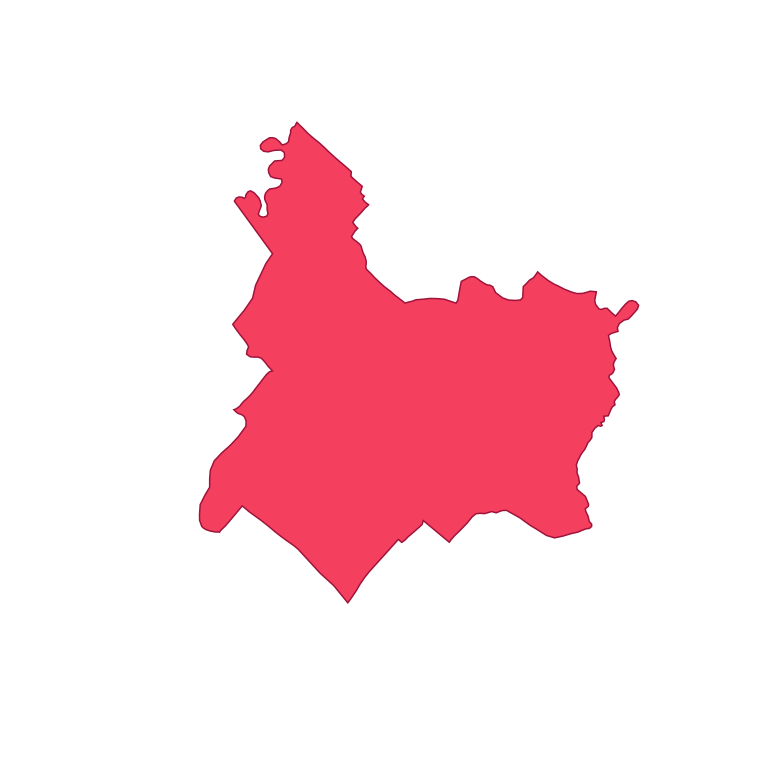 outline of Pur SenChey, Phnom Penh, Cambodia, rotated 131°
{"feature_id": "14789045B97702071431855", "entity_name": "Pur SenChey", "entity_type": "district", "adm_level": 2, "iso_a3": "KHM", "parent_name": "Cambodia", "parent_adm1": "Phnom Penh", "projection": "robinson", "projection_center": [104.778, 11.53], "detail": "fine", "context": "isolated", "style": "filled", "palette": "rose", "viewbox_px": 768, "rotation_deg": 131, "n_neighbors": 0, "source": "geoboundaries", "source_scale": "gbopen_adm2", "svg_char_len": 4791}
<svg xmlns="http://www.w3.org/2000/svg" viewBox="0 0 768 768"><g transform="rotate(131 384 384)"><path d="M344.2,616.9L358.8,553.6L370.9,552.1L380.5,549.4L393.7,545.7L405.4,539.5L414.0,538.5L420.4,537.8L429.2,537.6L436.0,537.4L438.2,537.3L439.6,532.3L441.3,524.4L442.2,519.3L443.4,514.2L444.7,510.6L449.0,509.1L451.7,507.2L451.2,502.8L448.8,499.5L446.4,496.8L445.1,493.7L445.3,490.4L445.7,487.6L446.7,482.9L447.3,476.8L450.0,478.5L453.8,478.9L457.2,478.8L463.6,478.4L470.8,478.0L476.5,477.6L480.9,477.6L484.7,477.9L489.1,478.5L493.0,478.5L494.9,478.3L496.7,478.5L500.1,479.4L501.9,480.5L502.1,477.9L502.0,475.1L500.4,470.9L500.3,467.7L502.5,463.7L506.5,460.5L519.5,459.4L520.9,459.4L531.1,459.8L543.0,461.3L553.3,461.7L563.0,458.5L569.9,453.4L576.4,447.8L584.5,446.4L595.6,443.6L603.8,437.4L607.9,433.7L611.0,428.2L611.2,426.4L610.8,423.2L609.1,419.0L606.6,414.6L603.6,410.9L601.9,411.2L594.8,410.6L585.1,410.7L569.1,411.0L568.9,406.8L568.9,402.4L568.5,397.9L567.6,388.0L567.1,378.1L567.0,369.2L566.6,361.7L566.0,354.2L565.1,345.9L565.0,340.0L565.3,338.2L565.5,336.1L568.7,308.0L569.1,289.7L572.9,267.8L568.4,268.1L563.1,268.7L557.8,269.4L550.5,270.8L542.8,271.7L535.2,272.0L491.9,271.2L491.9,266.7L488.1,265.8L483.7,265.6L477.2,264.6L468.4,263.4L464.9,263.1L461.3,264.8L460.6,230.9L457.7,231.2L451.8,231.2L444.1,230.5L434.4,230.0L426.3,230.3L421.5,229.4L418.6,226.7L415.9,223.1L409.6,219.0L407.7,214.9L402.1,211.9L399.0,208.7L395.9,193.9L394.7,180.4L393.3,172.6L391.7,162.0L388.2,154.3L381.7,149.4L373.7,144.3L368.6,140.5L363.5,138.0L360.3,136.2L358.3,134.3L355.3,133.8L353.5,135.4L353.1,138.9L351.2,141.4L349.7,143.7L347.6,148.4L346.1,150.2L342.4,149.6L340.8,150.4L338.8,154.1L336.7,158.3L336.8,162.0L336.9,169.0L334.9,171.4L330.5,171.4L328.7,173.6L326.6,176.1L324.4,180.1L321.5,182.4L319.1,185.6L315.2,187.3L312.2,188.0L308.9,188.9L305.4,189.4L301.4,189.6L298.1,190.5L294.2,191.7L292.6,191.5L289.8,191.7L287.9,192.1L286.1,193.6L284.2,195.3L282.3,195.4L280.1,195.8L278.5,195.8L276.6,195.4L274.8,195.1L273.8,192.9L272.3,192.1L270.7,195.0L268.1,193.4L266.3,194.3L264.1,197.0L263.0,195.9L260.9,193.9L258.5,194.7L255.0,195.9L251.2,196.7L248.2,196.0L246.3,198.6L243.9,199.1L240.6,199.1L237.7,199.4L236.6,201.0L234.4,205.8L233.7,209.3L232.5,214.8L231.6,218.6L229.3,219.6L227.3,218.8L225.4,218.6L221.8,219.6L219.3,223.3L217.2,224.5L215.0,225.1L212.5,225.5L211.8,227.8L210.7,231.1L209.5,234.1L207.5,237.2L205.7,239.3L204.6,240.6L203.2,242.3L201.3,244.9L200.0,246.5L197.0,245.7L193.8,243.9L190.8,241.9L188.3,244.9L185.8,245.5L184.1,246.1L178.4,244.8L174.8,242.3L171.0,242.0L166.7,241.9L161.2,241.9L157.6,243.4L156.8,247.9L158.2,251.4L160.8,253.5L164.7,254.1L169.7,254.2L175.5,253.9L180.8,253.7L180.9,258.0L180.5,265.3L182.4,267.4L185.2,268.9L186.3,271.0L185.1,276.5L182.8,279.7L175.1,284.2L178.6,289.2L182.0,291.3L185.5,293.7L189.4,298.1L191.7,303.2L194.1,310.0L195.7,316.5L197.1,321.4L198.2,328.2L198.7,336.2L198.6,341.6L201.5,341.2L205.7,340.9L210.2,342.3L214.8,342.4L219.1,342.8L224.1,338.9L227.8,336.0L231.1,336.2L234.8,339.7L238.9,345.1L241.2,350.9L241.8,359.7L239.2,365.8L240.0,369.1L241.4,370.8L242.2,373.7L243.0,378.7L243.1,382.1L243.8,386.1L245.5,388.3L247.6,389.8L251.6,391.3L255.8,393.0L261.6,389.7L267.1,386.4L272.3,383.2L275.7,382.7L277.9,387.9L280.4,394.0L284.5,399.7L289.7,405.9L293.5,409.3L299.4,415.1L303.3,417.2L307.4,420.2L309.1,421.1L309.5,428.2L309.9,433.9L309.8,439.7L310.3,447.7L310.2,454.0L309.9,460.6L309.2,467.4L308.9,472.7L307.3,474.8L305.1,476.2L303.0,478.0L300.6,481.4L298.9,485.4L296.8,489.0L295.1,491.6L294.5,493.3L294.4,495.2L294.5,498.5L294.8,502.8L294.1,505.2L287.9,506.2L283.6,506.0L283.7,508.3L282.9,512.0L282.4,513.7L278.1,514.1L270.3,513.7L263.6,513.7L260.5,513.3L258.8,513.2L259.1,517.4L258.5,521.7L255.2,522.1L255.4,525.4L254.7,527.7L249.1,530.1L249.2,538.2L249.0,545.1L245.2,548.0L245.1,557.3L245.2,563.2L245.2,570.4L245.0,578.4L244.6,585.0L244.5,591.9L244.8,598.1L244.8,605.7L244.1,613.9L244.0,617.2L243.6,621.3L245.5,621.1L247.0,620.4L249.0,620.8L250.8,621.5L253.7,621.0L255.6,619.3L258.2,618.2L260.6,617.1L263.7,615.0L267.0,615.5L270.4,617.7L269.7,622.0L269.9,627.0L271.3,629.8L273.4,632.0L280.7,634.2L285.0,633.9L287.4,631.3L287.3,627.5L284.9,623.8L279.9,620.3L275.0,615.3L274.7,611.1L278.1,607.8L282.1,607.6L284.4,609.9L287.5,612.9L294.7,613.3L297.9,612.1L300.2,609.6L301.8,605.6L300.4,601.8L298.3,598.6L296.6,595.8L298.6,593.3L302.4,592.4L305.5,593.3L308.1,595.0L311.9,598.3L314.9,598.7L317.9,598.5L320.8,597.1L322.9,595.1L325.4,589.8L329.2,586.5L331.6,583.3L334.2,582.6L337.3,584.6L338.8,587.5L338.3,590.3L334.2,592.0L330.0,593.5L327.0,597.6L325.7,600.7L325.2,604.6L324.9,607.7L325.8,611.5L328.0,612.7L331.6,612.4L334.1,611.0L335.6,611.3L336.0,613.4L338.0,616.2L340.7,617.5L344.2,616.9Z" fill="#f43f5e" stroke="#9f1239" stroke-width="1.5"/></g></svg>